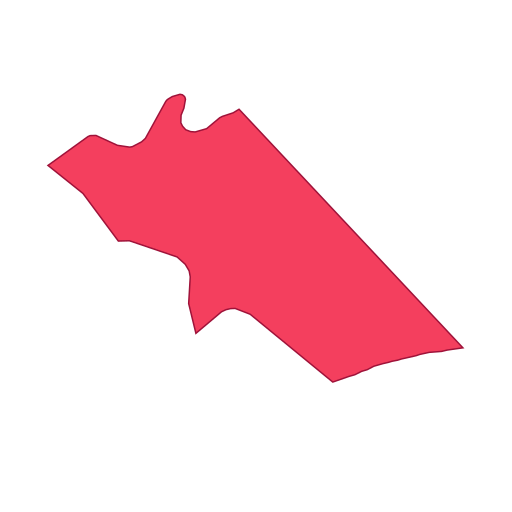 the border of Haringey, rotated 42°
{"feature_id": "GBR-2766", "entity_name": "Haringey", "entity_type": "London Borough", "adm_level": 1, "iso_a3": "GBR", "parent_name": "United Kingdom", "parent_adm1": "", "projection": "equal_earth", "projection_center": [-0.107, 51.584], "detail": "fine", "context": "isolated", "style": "filled", "palette": "rose", "viewbox_px": 512, "rotation_deg": 42, "n_neighbors": 0, "source": "natural_earth", "source_scale": "10m", "svg_char_len": 895}
<svg xmlns="http://www.w3.org/2000/svg" viewBox="0 0 512 512"><g transform="rotate(42 256 256)"><path d="M263.1,353.7L237.8,336.4L221.1,315.5L216.3,311.8L209.0,309.5L198.0,309.5L151.7,329.4L143.7,337.0L85.6,325.3L40.8,327.9L51.2,279.7L52.2,277.5L56.4,273.5L78.9,266.5L89.3,259.6L91.0,257.4L94.6,247.7L95.1,242.6L85.5,201.5L85.4,199.6L85.7,198.0L87.1,193.5L91.3,186.7L93.3,185.5L95.1,185.3L96.8,185.5L98.7,186.7L103.5,194.4L106.1,201.5L111.0,207.3L114.6,208.7L119.3,209.2L124.2,207.3L127.8,204.5L134.1,194.4L136.5,177.6L137.6,174.7L143.2,164.9L145.2,158.3L471.2,185.8L461.0,198.0L457.7,202.8L449.2,211.7L443.6,219.5L441.7,222.9L433.0,235.2L431.0,238.6L427.6,243.1L425.6,246.4L422.3,251.1L417.3,259.1L414.7,266.1L411.7,271.0L408.9,278.1L405.7,283.2L397.4,298.3L290.6,303.2L275.6,308.9L272.3,312.1L269.6,316.0L267.7,320.5L263.1,353.7Z" fill="#f43f5e" stroke="#9f1239" stroke-width="1.5"/></g></svg>